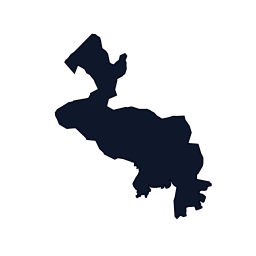 Ogoja, Cross River, Nigeria (Natural Earth projection), rotated 256°
{"feature_id": "59680162B30816727026324", "entity_name": "Ogoja", "entity_type": "district", "adm_level": 2, "iso_a3": "NGA", "parent_name": "Nigeria", "parent_adm1": "Cross River", "projection": "natural_earth1", "projection_center": [8.633, 6.522], "detail": "fine", "context": "isolated", "style": "filled", "palette": "ink", "viewbox_px": 256, "rotation_deg": 256, "n_neighbors": 0, "source": "geoboundaries", "source_scale": "gbopen_adm2", "svg_char_len": 3374}
<svg xmlns="http://www.w3.org/2000/svg" viewBox="0 0 256 256"><g transform="rotate(256 128 128)"><path d="M125.8,185.1L127.1,178.3L128.2,174.7L127.9,169.7L128.2,163.0L133.2,158.1L133.8,158.0L136.2,156.6L137.9,154.7L139.8,153.0L141.3,150.8L141.6,150.3L141.5,149.7L143.1,143.4L146.2,138.4L147.5,136.1L147.5,132.5L148.3,130.7L148.4,118.1L154.1,112.1L160.5,115.5L161.4,116.1L162.8,124.6L168.4,124.1L176.8,128.4L178.6,128.7L180.3,135.1L180.6,135.2L181.7,137.8L186.1,140.5L189.8,141.0L191.5,141.7L194.5,141.3L198.2,144.0L200.7,142.9L199.8,138.2L195.7,136.0L194.6,133.1L192.3,129.4L194.5,126.4L196.2,125.5L204.7,125.9L207.8,124.7L211.2,121.9L212.9,121.8L219.5,122.3L222.5,122.1L224.5,120.1L224.9,119.7L226.3,118.8L227.4,115.9L214.3,94.5L212.9,90.7L209.8,87.0L208.6,84.4L207.1,82.9L194.5,89.3L201.7,94.4L196.0,100.4L191.5,101.7L189.0,104.5L187.6,104.9L185.6,105.9L183.1,107.1L179.6,107.6L172.8,109.0L172.5,108.9L170.5,100.3L169.7,100.4L167.4,98.2L166.1,97.0L167.1,81.8L166.4,81.0L166.7,76.8L162.7,64.0L160.3,61.4L157.3,61.0L157.2,61.1L152.5,62.1L148.5,62.6L142.5,68.7L142.5,69.3L141.5,75.7L141.0,77.5L128.8,85.2L127.1,85.4L124.0,93.9L114.8,95.8L109.5,99.2L108.7,98.9L101.2,107.6L101.9,110.9L99.8,115.9L96.2,121.4L95.3,123.0L94.4,123.6L94.3,124.7L93.9,125.1L93.5,125.5L93.5,126.2L93.0,126.4L92.6,126.2L90.3,125.5L89.9,125.4L89.8,125.8L90.0,126.2L90.3,126.5L90.3,127.1L89.8,127.2L89.6,127.1L89.1,127.2L88.7,127.7L88.0,127.8L87.1,127.3L86.8,127.2L86.8,129.0L86.5,129.6L86.0,129.7L85.2,129.0L84.6,128.8L83.1,128.9L80.2,126.8L79.0,125.5L77.8,124.0L76.9,123.2L76.2,122.8L76.0,122.4L75.4,121.9L74.9,121.6L74.5,121.1L73.8,120.4L73.1,119.9L72.4,119.4L71.6,119.8L70.6,119.6L69.9,119.7L68.5,120.4L66.9,121.0L66.4,121.5L64.9,122.6L63.5,121.4L62.9,121.8L61.5,121.9L60.4,120.8L60.0,119.6L58.9,119.7L58.4,120.2L58.4,120.7L59.2,121.4L59.4,121.8L59.1,122.2L58.8,123.2L59.3,123.5L60.2,124.0L60.2,125.9L59.9,127.5L59.1,128.4L58.3,129.0L57.8,128.6L57.3,128.4L56.7,128.4L56.5,128.9L56.7,129.2L57.3,129.4L58.4,130.1L59.3,131.3L59.7,131.6L61.2,132.3L61.5,133.4L61.5,134.3L62.6,134.8L63.1,134.5L64.2,134.2L65.5,133.8L66.3,133.9L66.9,134.0L67.1,134.5L66.9,135.3L65.7,135.8L65.1,136.5L64.2,139.2L64.1,140.2L63.6,141.5L63.7,142.0L64.2,142.5L64.2,142.9L63.6,143.3L63.4,144.2L64.0,144.9L63.9,145.3L63.4,145.6L63.0,146.2L62.4,146.3L61.9,146.0L61.6,146.0L61.4,146.5L61.7,147.8L62.3,148.5L63.7,149.1L63.5,149.7L62.4,150.6L61.0,150.4L60.5,150.8L60.6,153.0L61.7,154.8L63.6,155.8L65.9,155.6L67.0,155.3L67.3,156.4L65.7,157.5L63.5,158.1L61.3,159.1L58.9,161.5L49.5,157.3L46.3,155.3L30.8,152.5L28.6,153.7L31.1,157.7L30.1,158.9L28.8,160.5L29.0,163.0L30.9,163.1L32.4,163.2L33.0,163.9L35.8,164.3L37.3,165.0L37.3,165.6L37.3,169.1L36.7,170.4L36.7,172.1L36.2,173.8L34.3,174.4L32.5,174.3L32.1,174.9L32.4,176.5L32.6,179.2L33.0,180.3L33.6,180.5L35.4,179.1L36.1,178.9L36.2,179.4L36.5,179.9L38.4,179.5L39.0,179.0L39.4,179.0L40.0,179.7L40.1,180.9L38.3,182.5L38.0,183.3L38.5,184.0L42.4,186.3L43.1,186.0L45.0,184.5L45.6,183.9L46.2,182.6L47.0,181.2L47.3,181.0L49.2,181.7L49.9,182.7L50.1,184.6L49.3,186.8L49.1,188.7L50.0,189.7L51.8,190.6L52.3,192.1L52.1,194.5L53.1,195.0L54.1,194.8L54.6,194.1L55.0,193.8L55.9,193.6L61.4,181.8L66.5,183.1L67.1,184.7L73.3,190.7L76.0,192.0L81.1,193.2L85.8,192.2L95.0,191.8L95.3,191.3L98.4,182.0L108.3,188.0L115.2,187.6L122.0,185.0L125.8,185.1Z" fill="#0f172a" stroke="#020617" stroke-width="1.5"/></g></svg>